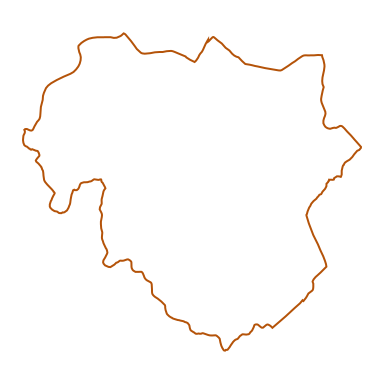 the district of Nayala, Nayala, Burkina Faso
{"feature_id": "67063806B13297228427715", "entity_name": "Nayala", "entity_type": "district", "adm_level": 2, "iso_a3": "BFA", "parent_name": "Burkina Faso", "parent_adm1": "Nayala", "projection": "natural_earth1", "projection_center": [-3.089, 12.661], "detail": "fine", "context": "isolated", "style": "outline", "palette": "amber", "viewbox_px": 384, "rotation_deg": 0, "n_neighbors": 0, "source": "geoboundaries", "source_scale": "gbopen_adm2", "svg_char_len": 5877}
<svg xmlns="http://www.w3.org/2000/svg" viewBox="0 0 384 384"><path d="M272.4,327.8L285.6,316.4L294.8,307.9L300.0,303.3L302.5,300.3L303.0,300.9L303.4,301.1L305.9,297.9L306.9,296.3L308.4,293.5L312.0,290.8L312.7,290.0L313.1,288.9L313.3,287.0L313.3,283.6L312.8,282.4L312.6,281.4L313.6,279.4L315.5,277.1L320.5,272.6L326.4,266.7L326.0,264.1L325.0,260.9L323.2,256.2L320.5,250.5L317.9,244.3L313.3,235.1L308.8,223.3L306.5,215.7L306.4,214.9L306.7,214.5L307.1,213.3L307.6,211.4L309.2,207.5L310.2,206.1L311.3,203.7L313.5,201.1L316.4,198.7L317.3,197.3L318.2,196.5L319.4,194.8L321.2,194.1L321.5,193.6L322.5,191.7L325.1,188.8L326.4,186.3L326.5,183.7L328.1,182.1L328.2,181.4L329.0,180.8L329.1,179.7L333.0,179.8L333.9,179.5L334.1,178.2L337.0,176.3L339.2,176.4L340.8,176.9L341.0,176.6L341.7,174.5L341.7,170.7L342.6,166.8L343.1,165.4L343.7,165.0L344.3,163.6L345.1,162.5L347.1,161.1L349.6,159.7L352.3,157.0L354.2,154.3L357.2,150.8L359.3,149.9L360.9,147.9L361.0,146.9L357.3,142.7L354.7,139.8L351.0,135.5L347.1,131.5L344.4,128.4L342.3,126.4L341.4,126.0L340.6,125.9L339.8,126.0L338.3,126.9L336.4,127.8L335.8,127.9L334.5,127.7L333.1,127.9L330.1,128.8L328.1,128.4L326.6,127.7L325.4,126.8L324.4,125.4L323.4,123.3L323.4,120.7L324.0,118.3L325.0,115.8L325.5,113.8L325.3,111.7L321.7,102.8L321.2,100.7L321.1,99.0L321.6,95.9L322.8,90.2L323.7,87.1L322.5,84.1L322.2,81.0L322.5,77.4L324.0,70.4L324.5,66.5L324.4,64.5L323.5,60.2L322.3,57.0L322.0,55.2L318.0,55.0L314.3,55.3L308.2,55.4L305.2,55.3L303.8,55.5L302.7,55.9L301.7,56.5L298.1,58.9L295.0,61.3L292.1,63.1L288.5,65.7L281.7,70.1L280.4,70.5L278.6,70.4L265.1,68.1L257.3,66.4L255.1,66.0L252.4,65.3L249.7,64.7L245.3,64.0L242.1,61.1L238.5,57.3L236.4,56.7L234.2,55.5L232.1,53.7L229.4,50.5L225.6,47.8L221.8,43.5L217.5,40.3L215.0,38.1L213.7,37.1L213.1,37.0L212.3,37.5L210.5,39.3L208.8,41.2L208.1,41.7L208.1,39.6L207.6,40.4L205.6,44.0L203.0,49.8L201.9,51.8L200.3,53.6L199.3,55.1L198.1,57.7L196.1,60.6L194.6,62.0L190.1,59.8L186.3,57.4L185.6,56.5L174.6,51.9L172.7,51.2L171.1,50.9L166.7,51.2L162.7,52.0L159.5,52.0L154.9,52.3L150.2,53.2L144.7,53.7L142.4,53.4L141.3,53.0L140.5,52.4L136.8,49.0L134.7,46.0L130.9,40.9L125.4,34.4L124.4,33.7L123.6,33.4L121.9,35.0L120.6,36.0L116.7,37.7L113.8,37.9L110.6,37.2L107.7,37.2L97.1,37.3L92.7,37.8L88.8,38.7L86.5,39.7L84.0,41.1L81.3,43.0L78.6,45.7L78.4,46.6L78.4,48.2L79.3,52.3L80.2,54.4L80.8,57.2L80.6,60.3L79.7,63.7L78.3,66.5L76.1,69.4L73.5,72.0L70.4,73.8L63.6,76.7L56.8,80.0L51.2,83.2L48.1,85.6L46.0,88.1L43.9,92.9L43.0,95.9L42.7,99.9L40.9,106.9L40.4,113.8L40.2,116.3L39.6,118.7L38.5,120.3L37.1,121.8L34.4,126.5L33.3,128.9L32.6,130.0L31.7,130.5L31.1,130.6L29.7,130.3L26.9,129.0L26.0,129.0L25.1,129.1L24.3,129.9L24.7,130.5L24.9,131.7L24.8,132.5L24.6,133.3L23.9,134.6L23.4,135.8L23.0,140.0L23.4,142.8L24.3,145.1L25.5,146.1L27.0,146.7L29.3,148.7L29.7,148.7L30.5,149.5L31.2,149.7L32.1,149.2L34.7,150.2L35.5,150.6L37.6,151.0L38.2,151.9L38.7,152.7L38.9,153.5L39.3,154.5L39.4,155.4L39.3,155.9L37.1,158.5L36.2,159.8L35.8,160.5L36.2,161.6L38.5,163.6L41.3,166.9L41.3,167.4L41.9,168.2L42.0,169.0L43.0,170.9L43.3,173.0L43.5,175.7L44.1,179.9L44.7,181.3L45.3,182.2L47.2,184.5L51.8,189.3L53.3,191.1L53.6,191.8L54.0,192.0L54.7,193.1L54.3,194.1L53.3,195.8L52.0,198.5L51.6,199.8L50.8,201.2L50.6,201.8L49.8,204.4L49.8,206.5L50.3,207.7L52.1,209.6L54.5,211.1L56.7,211.5L57.3,211.7L58.8,212.9L59.7,213.1L61.6,213.1L62.5,212.4L63.6,212.5L64.5,212.2L67.0,210.4L68.6,207.6L69.1,206.1L69.9,204.3L70.2,203.0L70.7,199.2L71.2,196.5L71.6,194.5L72.3,192.9L73.1,190.3L74.2,189.7L74.7,190.1L76.8,190.1L78.2,189.0L79.0,187.6L79.2,186.9L79.5,186.5L79.6,185.7L80.0,184.7L80.7,183.5L81.5,183.0L83.8,182.3L87.4,182.2L89.7,181.5L90.7,181.4L91.6,181.0L93.7,179.5L94.3,179.3L98.3,179.9L99.1,179.8L100.1,179.4L101.0,179.4L101.3,179.9L101.4,181.2L101.8,182.1L102.6,182.7L105.1,187.4L105.4,188.4L104.4,189.6L103.5,191.3L102.5,196.0L101.7,199.0L101.6,200.1L101.7,203.3L101.6,204.0L100.0,207.2L99.7,209.4L101.3,212.5L101.7,213.5L101.9,214.2L102.0,215.3L101.8,217.0L100.9,221.6L100.9,224.1L101.2,228.3L102.2,232.0L102.3,232.9L102.0,235.9L101.9,237.9L102.2,239.4L102.9,241.1L103.5,243.2L105.8,248.1L106.5,249.1L107.0,250.5L107.2,251.5L107.4,252.7L107.1,253.6L105.1,257.6L103.6,260.0L103.3,260.9L103.1,262.3L103.3,262.9L103.6,263.7L105.1,265.4L108.5,266.9L110.4,267.1L114.4,264.6L116.3,262.7L117.2,262.5L118.0,262.1L119.7,260.8L120.9,260.6L121.9,260.8L123.7,260.6L127.2,259.4L128.2,259.4L129.7,260.2L131.1,261.5L131.4,262.3L131.5,266.7L131.7,268.0L132.4,269.5L132.9,270.2L133.5,270.7L135.5,271.9L141.3,271.8L141.9,272.1L142.8,273.2L144.0,276.1L144.5,277.6L145.7,279.3L146.9,280.3L150.6,282.3L151.1,282.8L151.4,283.3L151.7,284.3L152.0,289.6L152.0,291.3L152.1,292.9L152.4,294.0L153.2,295.2L154.2,296.2L155.2,297.0L157.7,298.6L161.3,301.5L164.8,305.0L165.0,305.4L165.2,306.4L165.2,307.7L165.6,310.1L166.8,313.7L167.4,314.5L169.3,316.3L171.2,317.5L171.6,317.6L172.0,317.8L172.3,318.2L173.8,318.8L177.7,320.0L179.2,320.2L180.1,320.5L183.3,321.2L184.1,321.5L184.4,321.8L185.5,322.2L186.1,322.3L187.6,323.0L189.1,324.9L189.4,325.6L189.8,327.9L190.4,329.8L190.8,330.3L191.3,330.8L193.0,331.8L193.4,332.2L193.9,332.3L195.4,333.5L196.1,333.8L197.8,333.7L198.7,333.5L200.0,333.8L201.5,333.6L201.8,333.4L202.4,333.2L203.3,333.3L208.2,335.0L209.9,335.4L211.9,335.5L215.5,335.3L216.0,335.4L217.1,336.1L218.9,337.7L219.7,338.8L220.4,342.4L221.3,345.7L222.4,348.1L223.8,350.3L224.6,350.6L225.2,350.6L225.8,349.9L227.0,349.9L227.6,349.7L229.8,346.9L230.6,345.5L233.2,341.8L234.7,340.3L235.5,339.7L237.6,338.9L238.0,338.5L239.9,336.1L242.4,334.3L243.3,334.3L246.2,334.6L248.7,334.2L249.4,333.7L250.3,332.3L251.6,331.1L252.3,330.1L253.7,327.2L254.3,325.3L254.6,324.9L255.5,324.5L256.5,324.4L257.5,324.5L258.2,324.9L260.7,327.0L261.6,327.6L262.3,327.7L263.1,327.6L266.1,325.1L267.0,324.6L267.6,324.5L268.4,324.7L269.7,325.4L270.7,326.1L272.4,327.8Z" fill="none" stroke="#b45309" stroke-width="2"/></svg>